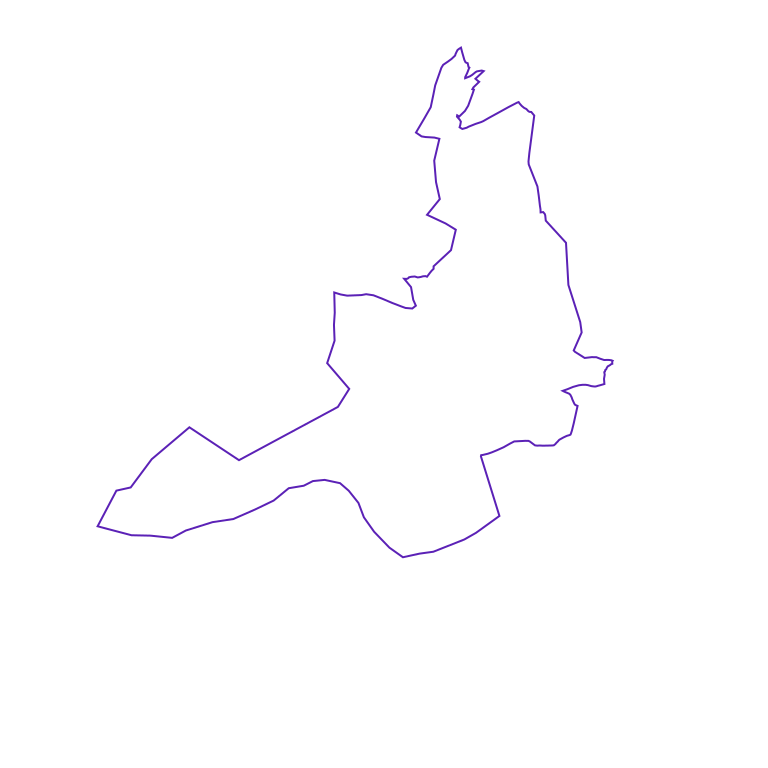 outline of Owerri North, Imo, Nigeria, rotated 43°
{"feature_id": "59680162B39513276000218", "entity_name": "Owerri North", "entity_type": "district", "adm_level": 2, "iso_a3": "NGA", "parent_name": "Nigeria", "parent_adm1": "Imo", "projection": "equal_earth", "projection_center": [7.091, 5.435], "detail": "fine", "context": "isolated", "style": "outline", "palette": "violet", "viewbox_px": 768, "rotation_deg": 43, "n_neighbors": 0, "source": "geoboundaries", "source_scale": "gbopen_adm2", "svg_char_len": 3131}
<svg xmlns="http://www.w3.org/2000/svg" viewBox="0 0 768 768"><g transform="rotate(43 384 384)"><path d="M217.8,130.7L222.7,138.6L229.4,149.7L232.3,162.0L235.9,178.3L242.6,177.3L245.9,175.1L252.8,169.4L257.3,166.9L268.4,186.4L284.4,200.9L298.7,210.7L300.1,230.9L319.5,224.6L331.3,222.2L341.7,240.4L340.0,264.1L341.7,265.9L341.7,266.4L341.6,268.7L341.8,271.6L342.3,276.2L340.8,276.8L339.1,278.6L337.9,280.6L336.7,282.2L335.9,283.1L333.2,284.4L330.9,286.9L329.5,288.9L329.6,290.0L329.0,291.6L327.0,293.3L337.7,294.7L348.0,302.5L353.9,305.0L353.2,309.5L347.9,313.7L343.7,315.5L338.2,317.7L334.8,319.1L325.7,322.4L315.8,326.3L309.7,330.5L306.8,334.4L296.8,344.5L291.2,348.1L285.2,351.0L299.4,365.5L307.1,374.9L318.3,386.0L328.2,407.5L361.9,411.3L365.9,432.2L329.9,538.6L271.2,548.4L265.4,597.4L269.3,632.4L261.0,644.5L271.6,683.4L302.5,666.8L316.6,654.2L334.0,641.0L339.0,626.3L352.8,602.0L365.9,585.5L375.3,563.7L382.8,544.5L385.4,525.2L394.7,513.1L398.2,503.5L406.0,494.6L419.5,486.5L431.0,486.1L446.4,488.4L460.2,495.2L477.5,498.8L499.6,500.0L516.0,497.8L525.7,483.8L534.5,473.0L548.8,442.9L552.8,430.1L558.4,401.8L504.2,370.8L503.6,369.8L504.5,368.7L507.5,364.2L509.4,360.6L511.7,355.6L514.6,348.7L516.8,341.7L518.4,337.2L526.2,329.1L528.4,327.1L529.8,326.6L536.3,325.9L538.2,324.5L539.7,322.9L542.1,320.9L544.8,318.3L549.2,314.0L550.0,313.0L550.3,311.1L550.2,309.7L550.3,307.4L550.2,306.0L550.3,305.0L551.7,300.7L553.1,297.2L554.6,294.7L554.8,294.1L554.9,293.8L554.5,292.7L553.2,289.9L549.6,283.4L540.5,268.0L539.2,268.5L537.6,268.9L536.1,268.4L534.6,267.8L532.2,266.8L530.4,265.8L527.6,264.8L526.1,264.8L524.4,265.4L522.3,266.2L520.5,266.8L519.4,267.1L521.6,262.9L524.3,257.1L527.4,252.0L529.9,249.0L532.1,247.0L534.0,245.7L535.4,245.0L537.0,244.2L538.7,243.0L540.1,241.9L541.0,240.7L541.7,239.4L542.6,238.0L545.2,233.7L541.4,230.2L539.1,226.7L537.0,225.1L537.1,224.2L536.3,222.9L536.5,221.8L535.9,220.2L535.6,218.5L536.1,217.1L536.5,215.7L536.6,214.6L537.2,213.5L535.8,212.2L535.5,211.7L535.4,211.1L534.1,211.6L533.1,212.3L532.4,212.8L531.8,213.3L528.5,216.4L524.8,218.1L521.0,219.6L517.5,222.8L515.4,225.3L513.0,228.1L501.9,230.2L499.9,230.1L493.4,211.5L485.3,204.9L451.3,185.8L420.8,156.6L390.9,154.2L386.9,150.7L385.6,150.0L383.2,149.7L381.5,151.7L379.3,149.5L376.6,147.4L368.8,140.8L361.5,134.9L340.1,124.7L337.9,122.7L332.8,116.0L310.8,85.2L306.2,84.6L304.7,85.8L303.3,86.0L300.6,85.8L298.2,86.5L295.1,86.7L292.0,86.4L290.2,86.0L289.4,87.6L286.1,96.9L283.3,105.5L279.3,117.6L277.3,124.1L276.4,126.2L273.6,131.3L270.4,138.1L269.7,140.2L267.3,144.1L264.2,144.7L263.1,142.5L261.3,139.7L259.2,139.1L256.4,138.8L255.0,138.7L254.3,137.6L256.6,137.1L257.0,129.1L255.8,123.1L250.8,111.3L249.0,107.4L247.6,108.1L247.1,106.1L247.5,98.1L245.8,98.3L242.7,98.4L243.5,87.2L241.7,88.1L238.8,91.9L238.3,93.3L237.7,97.7L237.0,100.4L234.8,105.0L234.1,104.2L232.7,99.7L230.9,95.2L230.7,94.4L229.6,94.5L226.4,92.3L225.4,92.8L224.2,93.1L221.8,92.2L214.8,88.0L210.9,85.5L210.3,87.7L210.0,89.6L210.5,91.4L211.3,93.9L212.0,95.3L211.7,100.2L210.9,104.5L209.6,110.2L210.3,113.6L217.8,130.7Z" fill="none" stroke="#5b21b6" stroke-width="2"/></g></svg>